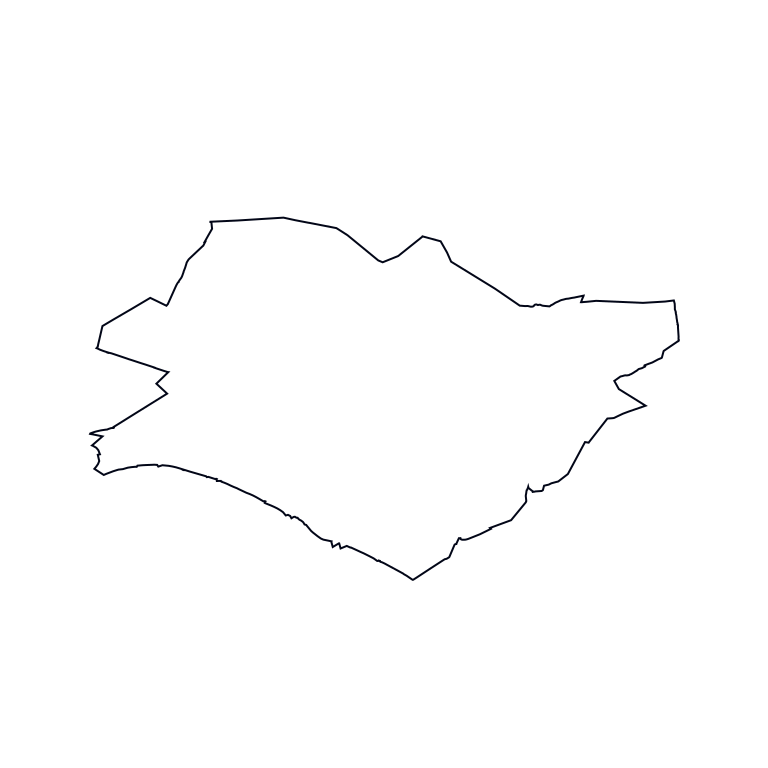 Borne, Overijssel, Netherlands, rotated 347°
{"feature_id": "6326949B45905338143380", "entity_name": "Borne", "entity_type": "district", "adm_level": 2, "iso_a3": "NLD", "parent_name": "Netherlands", "parent_adm1": "Overijssel", "projection": "robinson", "projection_center": [6.747, 52.312], "detail": "fine", "context": "isolated", "style": "outline", "palette": "ink", "viewbox_px": 768, "rotation_deg": 347, "n_neighbors": 0, "source": "geoboundaries", "source_scale": "gbopen_adm2", "svg_char_len": 6029}
<svg xmlns="http://www.w3.org/2000/svg" viewBox="0 0 768 768"><g transform="rotate(347 384 384)"><path d="M90.5,409.6L93.1,409.1L96.8,408.6L100.5,408.1L104.3,407.8L106.1,407.7L110.4,408.2L115.6,407.9L119.3,408.2L123.0,408.7L124.4,409.1L125.4,408.1L130.9,408.9L134.7,409.6L138.4,410.3L142.1,411.0L144.8,411.8L145.5,413.7L149.8,413.3L155.8,415.3L159.3,416.8L162.6,418.4L165.8,420.2L169.2,422.2L168.9,422.5L169.8,423.0L170.6,423.0L175.2,425.7L189.9,433.9L190.4,434.9L192.0,435.0L197.9,438.5L198.7,438.8L199.1,438.6L199.7,439.0L199.4,439.3L199.3,440.9L203.1,441.7L203.1,442.0L203.9,442.5L203.9,442.8L206.1,444.2L208.9,446.2L211.6,448.4L214.4,450.5L217.3,452.5L218.7,453.7L225.4,459.0L228.4,461.0L231.2,463.1L233.9,465.4L236.4,467.7L240.0,471.1L241.1,471.4L241.5,471.3L241.9,471.6L241.5,471.8L241.0,473.0L241.6,473.5L246.6,477.0L249.4,479.1L252.1,481.3L254.6,483.7L256.8,486.2L258.7,490.0L261.0,489.9L262.9,491.5L263.6,494.0L264.8,493.6L265.7,493.3L266.5,493.2L267.4,493.4L268.0,494.0L268.6,494.6L269.7,494.9L270.1,495.8L270.6,496.6L271.1,497.2L271.5,497.6L272.2,498.1L273.6,499.7L273.9,500.1L274.2,500.6L274.4,501.1L275.0,503.0L276.5,503.8L277.1,505.1L279.9,510.7L281.3,512.7L285.0,517.3L287.4,520.0L287.9,520.5L289.9,522.0L297.5,525.5L297.3,525.8L297.2,526.1L297.4,531.3L304.2,529.1L304.5,529.2L304.7,534.5L311.3,533.4L314.4,535.8L314.9,535.8L321.0,540.5L323.3,542.3L326.1,544.4L330.7,548.2L333.9,550.9L334.8,551.7L337.6,554.9L338.8,555.1L339.1,554.8L340.1,555.4L339.9,555.7L340.5,556.4L340.9,556.7L341.7,557.1L342.4,557.6L344.4,559.2L346.3,560.9L357.2,570.5L360.1,573.1L360.5,573.7L362.9,575.9L365.2,578.4L367.8,581.2L368.4,581.3L372.1,580.0L388.3,574.0L403.7,568.4L405.6,568.4L406.0,568.3L408.1,567.6L408.4,567.5L408.6,567.4L408.8,567.2L416.5,556.6L416.7,556.4L416.9,556.3L417.2,556.2L417.6,556.1L417.9,556.1L418.5,556.2L418.9,555.5L420.5,553.4L422.3,551.1L423.8,551.4L423.8,552.3L424.4,552.9L425.1,553.3L427.2,553.8L428.5,554.0L429.6,554.0L431.1,553.9L432.5,553.7L435.8,553.2L443.6,552.0L455.6,549.2L454.9,548.1L477.2,545.3L495.0,531.6L495.4,531.3L495.7,531.0L495.9,530.6L496.1,530.4L496.1,530.2L496.3,530.0L496.4,529.5L496.9,525.2L497.0,525.0L497.1,524.4L498.0,522.4L498.5,521.0L499.1,519.6L499.7,519.3L500.2,518.4L500.9,517.5L501.4,516.6L501.4,517.8L504.4,521.6L504.8,521.9L504.7,522.6L506.8,522.8L507.2,522.7L511.6,523.4L513.5,523.7L514.1,523.5L514.4,523.4L514.9,523.2L515.3,522.5L516.9,519.4L517.1,519.1L521.9,519.1L524.7,518.4L527.1,518.3L530.0,518.2L531.8,518.2L542.9,513.1L566.8,485.8L570.2,487.2L570.6,486.8L593.4,468.3L593.9,467.9L598.2,468.6L598.9,468.7L599.8,468.8L600.7,468.8L602.0,468.5L604.6,467.9L610.1,466.7L616.1,465.9L634.0,464.0L611.7,441.8L609.1,432.8L616.1,429.9L616.5,429.9L618.4,429.9L619.4,429.8L620.3,429.8L621.0,429.8L621.8,430.1L622.9,430.3L624.5,430.4L624.9,430.4L625.2,430.3L625.7,430.1L627.2,429.9L629.1,429.3L631.1,428.6L632.0,428.2L632.3,428.2L632.6,428.1L633.0,428.0L635.0,427.0L635.4,426.8L635.9,426.7L636.5,426.7L638.8,426.6L641.9,425.8L642.4,425.7L642.5,425.5L642.3,425.3L642.1,425.1L641.9,424.8L641.9,424.6L642.1,424.4L642.5,424.4L646.8,423.8L647.9,423.7L648.7,423.6L649.3,423.5L650.3,423.4L656.6,421.7L660.2,421.1L660.6,420.9L660.8,420.6L663.7,415.1L664.0,414.7L679.4,408.7L679.5,408.6L679.8,408.5L680.1,408.5L680.5,408.5L681.1,407.8L681.2,407.3L681.0,407.1L681.2,405.9L681.7,404.1L683.2,394.8L683.6,393.4L683.7,392.6L683.4,392.2L683.6,392.0L683.7,390.6L683.6,389.7L683.8,387.9L683.9,386.1L683.9,385.3L684.1,384.6L684.2,382.9L684.3,382.3L684.2,381.6L684.3,380.0L684.5,379.8L684.5,379.2L684.2,376.7L684.7,374.5L685.0,372.8L685.3,371.2L685.2,367.8L676.5,366.9L654.6,363.2L609.4,350.7L600.0,349.5L597.4,349.1L595.2,348.8L594.4,348.6L596.3,345.7L598.3,343.0L598.4,342.8L589.9,342.6L589.0,342.6L586.6,342.4L582.9,342.3L580.6,342.0L577.8,342.1L576.7,342.1L576.0,342.1L575.1,342.2L574.4,342.3L573.3,342.6L571.9,342.9L570.1,343.2L568.9,343.5L567.1,344.2L565.8,344.6L565.2,344.7L564.6,344.8L563.6,345.3L562.7,345.6L561.8,345.3L557.3,343.8L556.5,343.5L556.0,343.3L555.5,343.0L554.4,342.2L554.0,341.9L553.7,341.8L552.9,341.7L552.3,341.7L552.0,341.7L551.7,341.7L550.6,340.9L550.3,340.8L550.1,340.7L549.2,340.7L548.9,340.7L548.4,340.9L547.4,341.7L546.9,341.9L546.3,342.0L545.5,341.9L544.2,341.6L543.8,341.4L542.2,340.6L541.5,340.3L538.9,339.8L537.4,339.3L535.5,338.7L533.9,338.2L530.8,334.8L513.4,315.9L476.9,279.9L475.0,270.1L471.3,257.7L454.7,248.8L454.3,249.2L426.6,262.5L410.1,265.1L406.2,262.3L381.9,230.8L372.7,221.4L351.1,211.8L347.5,210.2L346.7,209.9L334.5,204.5L323.5,199.3L277.8,191.7L250.5,186.7L252.2,187.6L251.7,191.5L251.4,194.1L246.3,199.6L241.2,205.2L241.8,205.3L239.0,208.6L238.3,208.9L222.4,218.2L221.5,218.8L219.5,220.8L219.0,221.4L218.4,222.5L216.6,225.6L216.1,226.4L214.1,229.3L213.8,230.0L213.4,230.6L212.0,232.8L211.4,233.7L210.9,234.3L210.3,235.0L208.3,236.7L207.5,237.5L207.2,237.8L207.0,238.0L206.9,238.4L206.5,238.5L206.0,238.8L205.1,239.7L204.1,240.8L202.6,242.7L194.8,253.0L192.3,256.3L191.7,257.0L191.5,257.4L189.6,258.8L181.6,252.3L175.6,247.5L154.6,254.2L134.9,260.3L122.7,264.2L118.4,273.0L116.6,276.7L114.6,280.7L113.9,282.3L113.3,283.2L113.4,283.4L113.2,283.6L112.0,284.4L112.9,285.0L115.0,286.7L116.2,287.5L118.0,288.7L120.3,290.1L122.0,291.1L121.8,291.3L122.3,291.6L122.5,291.4L122.8,291.6L123.7,292.0L125.3,292.8L132.5,297.2L139.8,301.7L140.7,302.3L143.1,303.7L151.7,308.9L155.6,311.2L163.5,316.0L164.1,316.4L164.0,316.5L165.9,317.7L172.3,321.6L175.9,323.7L176.0,323.7L176.5,323.9L162.3,332.5L170.5,344.6L152.7,350.7L137.8,355.8L111.6,364.8L111.0,365.0L111.2,365.4L111.2,365.5L110.9,365.9L110.6,366.0L110.1,365.9L109.2,365.7L108.0,365.6L107.6,365.6L106.9,365.7L105.6,365.8L104.5,366.0L104.0,366.1L102.6,365.9L101.5,365.8L99.0,365.6L97.4,365.5L95.4,365.5L92.8,365.5L90.9,365.6L88.2,365.9L86.7,366.1L86.4,366.5L89.2,367.7L94.0,369.9L97.9,371.7L85.7,378.2L86.0,378.4L86.5,378.8L87.7,379.9L89.3,381.4L90.3,383.3L90.8,384.4L91.3,388.0L91.4,388.6L89.2,388.6L89.2,395.0L87.4,397.6L85.0,399.8L82.7,401.5L90.5,409.6Z" fill="none" stroke="#020617" stroke-width="2"/></g></svg>